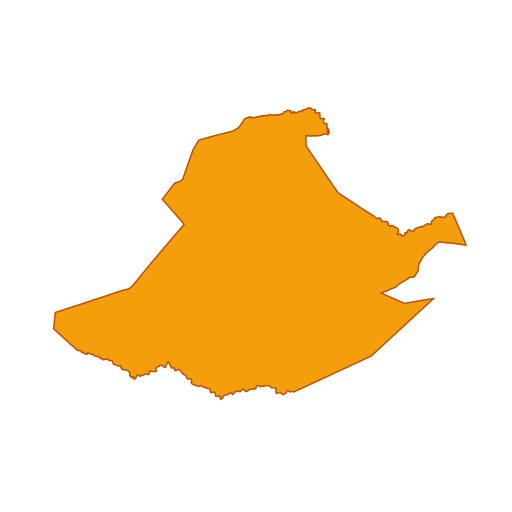 outline of San Juan Tamazola, Oaxaca, Mexico, rotated 263°
{"feature_id": "50627088B32435173505967", "entity_name": "San Juan Tamazola", "entity_type": "district", "adm_level": 2, "iso_a3": "MEX", "parent_name": "Mexico", "parent_adm1": "Oaxaca", "projection": "robinson", "projection_center": [-97.154, 17.118], "detail": "fine", "context": "isolated", "style": "filled", "palette": "amber", "viewbox_px": 512, "rotation_deg": 263, "n_neighbors": 0, "source": "geoboundaries", "source_scale": "gbopen_adm2", "svg_char_len": 6116}
<svg xmlns="http://www.w3.org/2000/svg" viewBox="0 0 512 512"><g transform="rotate(263 256 256)"><path d="M142.6,358.0L192.0,426.8L192.1,422.8L190.9,397.4L204.0,375.6L205.2,380.3L205.4,381.6L205.8,383.1L206.7,385.2L207.4,388.3L208.2,391.1L208.8,392.0L209.4,392.4L209.9,393.1L210.8,395.1L211.1,395.4L212.8,399.1L213.1,400.5L213.9,401.7L214.5,403.4L215.0,404.2L215.9,405.1L216.3,406.1L216.0,406.8L215.7,409.1L216.1,410.4L216.4,411.1L219.5,413.2L220.7,414.5L221.4,414.9L224.7,415.9L226.0,415.9L228.6,416.9L230.7,418.7L233.5,420.6L234.8,421.7L238.4,425.6L239.1,426.6L240.6,429.1L241.2,429.9L241.6,430.8L243.0,432.9L244.9,434.7L247.1,438.0L247.5,439.0L247.5,440.3L245.6,448.2L244.7,453.3L243.4,456.9L243.1,459.2L241.1,465.7L243.3,465.4L273.5,456.7L274.5,456.6L274.4,454.8L275.0,452.5L274.1,450.3L272.1,449.0L271.3,447.8L271.9,446.2L271.6,445.6L272.0,444.0L272.3,443.9L272.7,443.2L272.4,440.3L272.4,438.9L271.8,437.6L270.3,436.8L269.6,435.2L268.6,434.2L266.9,434.1L266.3,433.5L266.1,432.8L266.8,431.7L266.6,431.4L267.1,429.8L265.7,426.6L264.7,425.0L264.6,424.4L265.1,423.5L265.0,422.6L264.7,422.0L264.2,418.3L263.7,417.3L262.8,416.3L261.8,416.3L261.7,413.1L262.1,412.7L262.7,412.4L263.3,411.7L263.2,410.5L262.4,409.3L261.0,409.1L260.8,408.4L261.0,407.7L260.9,406.9L260.6,406.6L258.6,406.4L258.2,404.7L258.3,403.3L258.2,402.9L259.2,402.4L259.9,402.5L260.2,401.7L260.4,400.2L259.8,399.1L260.1,398.8L260.9,399.4L262.5,400.2L264.0,400.4L265.2,400.3L266.3,399.6L267.4,398.2L268.6,396.2L269.4,395.3L269.7,394.8L269.6,393.8L269.2,392.6L269.3,392.3L270.6,391.5L270.5,391.3L270.9,390.9L271.4,391.2L272.0,391.2L272.8,390.7L273.8,390.7L274.6,390.0L274.3,388.5L275.3,385.7L275.3,384.7L276.7,384.6L277.8,384.3L278.4,383.7L278.7,383.2L278.8,382.0L278.3,381.8L278.1,381.3L278.5,380.5L280.4,378.4L281.6,377.5L288.6,368.8L308.8,345.1L359.1,319.1L369.9,320.2L370.2,320.1L369.4,320.9L368.7,321.9L368.9,323.3L368.6,324.0L368.7,324.4L368.4,324.7L368.3,325.0L368.5,326.3L367.9,329.2L368.0,329.6L367.9,330.4L368.0,331.4L367.8,331.8L367.7,332.3L368.1,336.2L368.8,338.5L368.6,340.3L368.2,340.8L367.6,342.2L369.0,342.9L369.4,343.5L369.7,343.8L370.3,343.6L370.1,342.8L369.9,342.1L370.3,341.8L371.2,341.9L371.6,343.3L372.1,343.5L372.7,343.5L373.3,343.2L373.5,342.9L373.4,341.9L373.5,341.7L373.9,341.5L374.3,341.6L374.9,342.2L375.4,342.4L376.4,342.3L377.3,342.4L377.7,342.6L378.7,342.3L379.0,342.1L379.2,341.6L379.1,340.2L379.2,339.8L379.9,339.3L380.6,339.3L382.6,339.7L383.4,340.3L383.9,340.4L384.2,339.9L384.3,339.4L384.4,338.2L384.3,337.6L384.9,336.5L387.1,336.4L388.3,336.7L389.0,336.4L390.2,336.7L390.6,335.6L390.4,334.4L390.9,332.5L391.4,332.2L393.9,332.8L394.3,332.4L393.9,331.6L394.2,330.4L396.2,328.0L396.5,327.0L396.2,324.7L395.5,323.5L395.2,319.8L394.3,319.9L393.9,319.4L394.4,317.2L393.2,312.9L394.7,311.2L393.7,310.7L393.4,309.4L393.6,308.4L394.2,308.2L395.3,308.8L397.0,305.1L395.8,303.6L395.8,302.0L395.6,301.3L394.6,300.6L394.1,300.0L393.9,298.5L393.6,297.8L393.6,297.1L393.2,295.7L393.2,294.5L393.4,294.5L393.3,294.2L393.6,293.3L393.5,293.0L393.6,292.9L393.8,291.1L393.6,290.7L393.6,290.1L393.9,289.4L394.2,289.0L394.9,286.6L394.4,286.1L393.5,284.3L393.6,283.9L394.3,283.8L394.4,282.3L394.2,280.8L394.4,280.4L394.4,280.0L394.1,279.7L394.3,278.5L394.3,277.9L394.1,277.8L394.2,275.3L393.7,275.1L393.6,274.5L393.6,273.9L394.0,273.4L393.6,271.7L393.5,269.7L393.7,269.0L394.0,269.0L394.4,268.5L394.5,268.1L394.4,267.7L394.5,267.3L394.8,267.1L394.8,266.5L394.5,266.2L394.5,265.9L394.7,265.6L394.4,265.0L394.1,263.0L393.7,262.4L393.1,261.0L391.5,259.8L385.8,254.7L383.0,248.9L382.3,244.8L380.4,229.2L378.0,213.3L368.5,206.1L341.5,192.8L341.0,192.6L339.0,188.8L338.5,185.2L338.0,184.0L323.8,169.9L296.2,188.6L287.1,178.6L263.3,152.7L241.2,129.5L239.1,126.1L238.5,123.4L238.2,119.5L229.2,74.7L228.2,69.3L224.4,49.9L208.3,46.3L184.6,66.8L184.0,67.6L183.6,68.9L183.6,69.7L183.7,70.1L183.2,70.6L182.5,70.9L181.9,71.0L181.3,71.9L181.8,72.5L181.4,72.9L180.5,73.6L180.2,74.3L179.2,75.0L179.2,75.5L179.0,76.2L180.5,77.0L179.6,78.9L178.9,79.6L178.8,80.1L178.2,81.2L178.4,82.3L177.6,82.6L176.8,83.2L176.2,84.2L175.5,86.9L175.0,88.0L173.9,88.3L173.1,89.1L173.1,90.6L171.7,91.4L171.5,91.9L171.9,92.8L171.6,94.8L172.0,95.7L171.9,96.1L170.3,97.3L170.2,98.6L169.8,99.1L169.6,100.1L169.0,100.6L168.1,101.0L167.4,101.0L165.9,101.4L165.2,103.5L164.4,104.7L163.7,105.3L163.7,106.1L163.5,106.6L163.4,108.1L163.2,108.4L161.7,108.4L161.4,108.7L160.2,108.9L159.8,109.3L158.8,111.8L158.8,112.1L159.3,112.5L158.7,113.7L158.3,114.0L158.0,114.7L156.9,115.3L156.3,116.0L154.9,116.6L154.5,116.5L154.0,116.2L153.3,116.0L152.5,116.1L151.7,117.1L151.0,117.2L150.5,117.6L150.3,118.2L150.9,118.6L151.1,119.0L151.1,119.4L151.0,119.6L149.1,119.9L148.5,120.2L149.1,120.9L149.6,121.9L152.0,123.3L152.3,124.0L151.9,125.1L150.8,125.8L151.7,130.4L152.5,131.5L152.2,133.5L151.7,134.2L151.6,134.7L152.2,135.6L154.5,136.2L154.8,137.4L153.9,139.3L153.6,140.8L153.8,143.0L154.4,143.3L155.4,142.9L157.3,143.1L157.9,143.9L158.2,146.4L159.5,147.6L159.5,148.8L158.4,149.5L156.6,151.8L156.5,152.7L158.6,153.4L161.3,155.5L161.5,156.3L155.2,158.5L155.0,160.9L153.9,161.5L152.1,161.6L152.2,163.1L152.5,164.1L152.7,165.7L151.6,166.9L147.6,169.2L147.1,170.0L146.3,171.7L144.1,172.2L142.4,172.9L142.1,174.1L142.2,175.7L141.5,176.9L140.5,176.9L138.6,176.3L137.2,176.6L136.3,177.7L133.6,183.0L134.1,186.0L133.0,186.7L130.9,190.6L130.2,193.3L129.0,194.4L126.7,194.1L125.8,194.8L126.1,197.7L125.6,198.6L124.7,198.8L121.9,198.9L121.5,199.3L121.4,202.9L120.6,203.7L119.1,203.0L118.4,203.2L118.2,204.0L119.2,205.6L121.4,207.3L121.8,208.4L121.7,211.0L123.2,213.3L123.2,214.4L122.4,215.2L121.4,215.9L122.1,217.0L123.6,218.7L124.1,220.0L123.9,222.0L123.4,223.1L123.3,224.0L125.5,226.2L125.1,227.4L123.7,228.2L122.6,230.2L124.3,233.6L124.5,235.0L124.1,238.0L124.4,239.7L126.8,240.4L127.3,241.5L125.8,244.6L126.0,252.0L125.1,254.2L124.0,254.6L123.2,255.4L122.8,258.9L122.1,259.8L120.5,259.6L118.9,259.1L117.2,259.4L117.1,260.1L117.6,262.8L115.9,265.5L115.0,266.1L116.2,269.0L118.6,270.4L118.5,271.6L116.9,273.3L117.1,275.4L116.5,277.2L142.6,358.0Z" fill="#f59e0b" stroke="#b45309" stroke-width="1.5"/></g></svg>